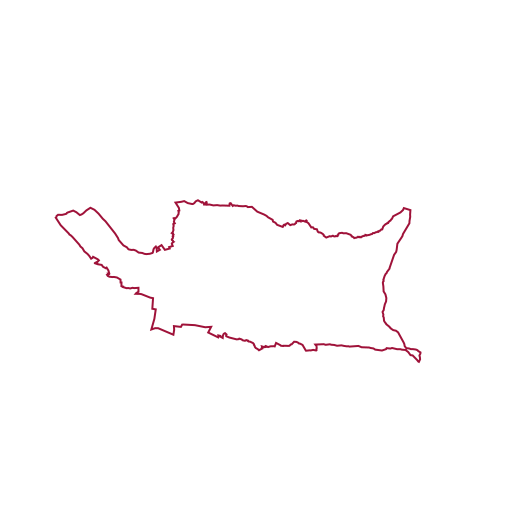 outline of Miercurea Ciuc, Harghita, Romania, rotated 209°
{"feature_id": "2599482B30524546463793", "entity_name": "Miercurea Ciuc", "entity_type": "district", "adm_level": 2, "iso_a3": "ROU", "parent_name": "Romania", "parent_adm1": "Harghita", "projection": "equal_earth", "projection_center": [25.758, 46.338], "detail": "fine", "context": "isolated", "style": "outline", "palette": "rose", "viewbox_px": 512, "rotation_deg": 209, "n_neighbors": 0, "source": "geoboundaries", "source_scale": "gbopen_adm2", "svg_char_len": 6121}
<svg xmlns="http://www.w3.org/2000/svg" viewBox="0 0 512 512"><g transform="rotate(209 256 256)"><path d="M149.9,369.6L149.7,367.5L150.8,364.1L155.3,357.2L155.1,354.4L155.4,353.9L155.6,352.0L156.1,351.5L156.2,350.7L156.6,350.1L156.4,349.0L157.2,348.4L157.2,347.8L158.1,346.7L158.1,346.3L158.4,345.9L159.0,343.5L158.5,340.5L159.3,340.0L159.7,338.3L160.3,337.9L160.7,337.2L160.6,336.5L161.5,336.3L161.7,335.6L162.8,334.8L163.6,333.4L164.8,332.8L165.2,331.4L166.0,330.8L166.9,329.6L168.8,328.0L170.3,327.6L170.0,327.1L170.6,326.9L171.2,326.3L171.2,325.9L172.2,325.2L172.4,324.6L173.2,324.0L173.2,323.3L174.3,322.7L174.7,322.9L175.3,322.3L176.1,322.3L176.3,321.7L177.4,320.4L178.6,319.6L178.8,319.3L179.8,319.7L181.8,319.5L182.1,320.0L183.6,320.4L188.1,319.7L190.6,318.2L192.0,318.0L194.1,316.4L194.5,315.8L194.6,315.2L194.3,314.4L194.7,313.9L194.3,313.0L194.5,312.7L196.1,312.0L196.4,311.4L197.2,311.0L198.6,311.0L199.9,309.4L201.1,309.1L203.5,306.2L206.6,306.6L206.9,307.2L208.0,307.6L210.1,307.8L211.7,307.6L212.3,307.1L213.7,307.2L215.7,308.9L218.3,307.9L220.0,308.7L221.1,308.2L221.5,307.8L226.0,310.1L227.4,310.3L228.6,310.2L228.8,311.4L229.3,311.5L229.6,310.9L229.1,310.6L229.5,309.9L231.8,309.6L232.5,309.0L232.8,309.1L234.6,308.6L234.1,307.9L234.9,307.9L235.5,307.5L235.5,307.1L236.6,306.8L237.1,306.2L237.4,305.7L236.9,304.3L237.4,303.7L237.5,302.7L237.9,302.1L239.6,301.2L241.0,299.6L244.2,300.2L245.2,298.8L245.4,297.0L246.4,297.2L246.7,296.8L246.9,295.9L246.6,295.1L246.7,294.4L247.3,294.3L252.6,293.5L255.1,294.5L257.8,294.4L259.0,295.7L264.2,295.7L266.2,296.2L269.0,296.2L276.4,295.4L283.4,297.0L286.9,294.8L287.8,295.0L289.1,294.8L291.5,293.2L295.4,291.3L296.6,291.1L298.2,290.1L300.1,289.6L300.6,288.5L303.7,289.9L304.2,289.7L304.5,289.2L303.6,287.1L309.5,284.1L311.8,282.7L314.6,281.7L317.8,279.6L321.6,278.5L324.1,276.9L324.8,278.5L325.5,279.2L325.8,278.9L326.1,277.5L325.7,276.3L326.3,275.8L327.2,276.6L328.6,277.2L329.2,277.2L329.5,276.4L333.8,276.6L335.2,274.6L335.6,272.3L336.4,270.9L337.0,270.5L341.3,269.2L345.4,269.2L347.7,267.1L352.3,263.7L346.8,260.7L345.1,258.6L345.8,257.8L344.8,256.9L344.6,256.1L344.1,255.3L344.2,251.7L344.9,249.3L346.0,249.5L346.3,249.1L345.4,248.6L344.8,247.7L344.4,246.1L342.9,245.2L343.7,244.3L343.4,244.1L343.5,243.3L342.6,242.5L342.2,240.8L341.3,239.3L340.8,238.8L340.4,236.6L340.7,235.3L339.5,235.4L339.4,234.8L338.4,234.6L338.5,233.0L337.8,232.8L337.8,232.1L337.4,231.5L337.7,229.7L337.2,229.2L336.1,229.1L335.3,228.4L334.9,228.4L335.6,226.8L335.6,225.9L333.7,224.4L336.3,221.7L335.1,220.7L338.7,217.2L343.9,219.7L345.9,216.0L343.1,214.8L344.9,211.9L346.7,214.7L348.2,215.7L348.8,213.8L348.9,212.3L348.0,209.4L348.0,208.5L349.9,206.5L352.8,204.5L354.6,203.8L357.0,203.5L360.3,202.1L363.8,202.5L366.0,202.1L367.9,200.9L370.4,200.1L371.3,200.2L373.1,201.0L377.1,201.0L383.8,203.4L385.4,204.8L390.2,207.4L404.5,213.4L408.1,214.3L414.2,216.7L417.7,217.6L419.7,218.1L424.2,217.9L426.5,213.6L427.7,209.7L428.7,207.8L429.9,206.4L434.3,207.2L437.9,207.1L441.9,202.6L442.3,201.9L442.3,201.1L442.8,200.5L445.6,197.9L449.1,196.1L449.8,194.3L449.4,192.7L449.6,192.4L441.7,188.2L430.6,184.9L429.6,184.3L428.2,184.3L425.8,183.7L416.1,180.3L414.2,179.2L411.6,178.7L408.4,176.8L404.3,176.1L401.8,175.2L398.9,173.7L398.1,175.1L398.1,176.3L392.8,176.4L391.3,176.0L391.7,174.5L393.0,172.5L392.5,172.5L392.6,172.2L391.2,172.5L391.1,172.2L393.2,171.8L393.2,171.6L390.3,172.1L386.7,173.4L384.5,172.4L381.4,172.5L381.0,173.4L378.1,171.8L376.0,169.7L376.9,169.0L376.0,168.6L377.1,167.3L376.0,166.7L374.2,166.8L371.5,167.9L370.1,168.8L367.2,169.8L363.5,169.7L363.1,169.7L361.6,167.2L360.8,167.6L359.1,164.4L357.5,164.8L357.4,164.3L353.6,165.1L352.1,166.1L350.3,166.6L348.6,168.3L346.9,168.9L343.4,171.2L341.5,167.8L342.7,165.6L342.9,164.6L339.3,166.5L337.7,167.1L328.4,168.3L325.6,169.2L321.1,159.6L317.8,160.7L314.4,151.7L311.9,141.0L309.2,144.0L306.6,145.4L290.1,147.1L291.8,151.8L293.8,154.9L287.3,157.6L287.3,160.2L286.2,160.9L275.9,165.9L265.8,169.1L260.9,172.3L260.7,165.9L249.6,166.5L249.8,167.5L250.4,168.3L248.5,168.8L248.3,168.2L245.4,168.2L246.3,170.2L246.5,171.8L246.4,172.4L245.7,173.5L243.8,173.1L243.8,172.5L243.3,171.5L243.0,171.4L239.7,171.8L232.5,173.7L230.8,174.9L230.6,175.6L228.1,176.1L226.9,175.8L224.8,176.4L224.0,177.0L223.8,177.7L223.1,177.9L222.0,178.1L221.8,177.7L221.1,177.6L219.7,178.2L216.3,178.4L214.9,177.8L214.8,177.3L213.7,176.8L213.0,176.0L211.6,175.4L209.3,175.4L207.7,175.0L205.8,178.0L206.4,178.4L206.6,179.2L206.4,179.2L207.0,179.8L204.3,180.4L203.8,180.8L204.4,180.9L203.9,182.0L201.3,182.2L199.6,184.0L196.6,185.8L195.8,186.0L196.3,189.7L191.6,189.8L190.7,189.6L188.5,190.5L188.3,190.9L183.9,193.2L183.2,193.7L182.7,195.5L182.0,196.0L181.1,199.5L178.9,200.5L177.0,200.6L176.1,200.3L175.0,200.7L172.2,200.8L166.5,197.4L165.9,197.7L163.2,199.6L162.4,199.9L160.5,201.6L157.6,202.5L157.4,202.9L158.2,204.2L158.2,204.8L159.9,207.2L160.6,207.0L161.2,207.3L154.0,211.7L152.0,212.1L148.6,214.6L147.1,214.9L144.5,216.1L141.6,216.8L137.9,219.3L135.5,220.0L132.6,221.1L131.6,221.8L130.3,222.1L122.8,227.0L119.4,227.4L112.7,230.8L111.2,231.1L108.4,232.1L106.4,231.9L100.0,234.4L97.1,237.6L97.1,238.7L93.6,240.2L92.4,241.5L87.4,242.9L84.5,244.5L83.0,244.8L79.7,246.3L76.3,245.8L72.8,244.2L70.8,245.0L64.5,243.1L63.0,242.4L62.2,242.4L62.4,245.2L63.7,247.1L64.7,248.0L64.9,248.9L64.9,250.3L65.4,251.4L68.0,251.5L69.1,251.9L70.8,251.7L73.4,250.7L75.4,249.6L77.0,249.4L78.7,248.8L79.4,248.1L82.2,249.2L83.6,250.9L84.9,251.9L94.7,258.1L97.4,258.5L100.1,257.7L103.3,258.0L103.7,258.4L104.6,258.5L105.0,258.8L109.1,259.5L109.4,259.9L110.9,260.4L112.6,261.4L114.5,264.2L115.6,264.9L116.2,266.5L118.0,268.2L118.2,268.5L118.1,270.6L119.0,273.0L119.2,273.9L119.9,276.2L120.2,279.3L121.6,282.4L124.2,285.2L127.2,286.9L129.9,291.2L132.1,294.1L132.4,295.3L132.2,295.7L132.9,297.1L133.1,297.1L133.8,300.8L133.9,303.2L133.5,304.2L133.7,305.5L133.1,309.7L133.4,310.4L135.8,324.0L135.4,327.5L136.0,329.6L138.3,335.3L137.7,342.4L137.6,344.5L138.1,346.5L137.7,359.0L138.7,361.0L140.1,365.0L141.3,366.9L143.2,371.0L149.9,369.6Z" fill="none" stroke="#9f1239" stroke-width="2"/></g></svg>